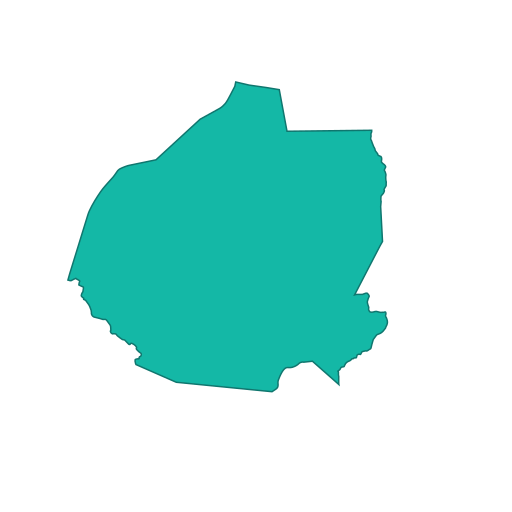 outline of San Juan, Intibucá, Honduras, rotated 324°
{"feature_id": "27666195B28906986091339", "entity_name": "San Juan", "entity_type": "district", "adm_level": 2, "iso_a3": "HND", "parent_name": "Honduras", "parent_adm1": "Intibucá", "projection": "natural_earth1", "projection_center": [-88.422, 14.413], "detail": "fine", "context": "isolated", "style": "filled", "palette": "teal", "viewbox_px": 512, "rotation_deg": 324, "n_neighbors": 0, "source": "geoboundaries", "source_scale": "gbopen_adm2", "svg_char_len": 6005}
<svg xmlns="http://www.w3.org/2000/svg" viewBox="0 0 512 512"><g transform="rotate(324 256 256)"><path d="M194.0,375.4L195.1,375.3L195.8,375.1L196.3,374.9L196.9,374.5L197.4,374.0L197.9,373.5L198.4,372.8L199.2,371.5L199.6,371.0L200.1,370.4L200.9,369.7L201.8,369.1L204.0,367.7L205.4,366.9L206.9,366.1L208.4,365.4L209.3,365.0L210.7,364.5L211.8,364.2L212.7,364.1L213.5,364.0L214.4,364.1L214.8,364.2L215.3,364.4L216.0,364.8L217.4,365.9L218.6,366.7L220.1,367.4L221.5,367.8L222.7,368.1L224.1,368.3L225.8,368.4L227.7,368.2L228.3,368.2L229.3,368.3L230.1,368.6L230.7,368.8L231.4,369.2L231.7,369.5L232.3,370.0L239.8,374.3L247.5,408.7L248.1,407.6L251.6,402.8L252.0,402.3L252.8,400.7L253.5,399.6L253.9,399.2L254.1,398.9L254.5,398.2L254.6,397.9L254.5,397.5L254.6,397.3L257.0,397.2L258.0,396.8L258.8,396.3L259.3,396.2L259.8,396.2L260.3,396.4L261.6,397.0L262.0,397.1L262.3,397.2L262.7,397.0L263.7,396.4L265.2,395.7L266.2,395.5L266.9,395.4L267.5,395.4L268.7,395.5L269.1,395.6L269.8,395.8L270.3,395.9L271.5,395.9L272.1,395.8L272.8,395.6L273.3,395.6L273.6,395.7L273.8,396.0L274.0,396.1L274.3,396.2L274.9,396.3L275.4,396.1L275.7,396.2L276.2,396.5L276.6,396.9L276.9,397.0L277.2,397.2L277.4,397.2L277.8,397.0L278.5,396.4L279.3,395.7L279.6,395.6L280.2,395.6L280.6,395.6L281.6,396.0L282.0,396.3L282.4,396.9L282.6,397.0L282.9,397.0L283.2,396.9L285.2,395.9L285.7,395.9L286.2,396.0L287.4,396.5L288.6,397.0L288.9,397.1L289.3,397.6L289.6,397.8L290.2,398.1L291.1,398.2L292.5,398.2L293.8,398.4L294.2,398.4L294.7,398.2L295.6,397.5L297.8,395.6L300.6,393.4L301.8,392.5L302.7,392.2L307.1,390.8L307.6,390.8L308.6,391.0L310.5,391.5L311.1,391.6L311.9,391.7L312.9,391.7L314.0,391.6L314.7,391.5L317.9,390.6L318.5,390.4L319.4,389.7L321.0,388.9L321.6,388.5L322.6,387.7L323.1,387.2L323.5,386.7L324.2,385.5L324.7,384.2L325.1,382.9L325.2,382.4L325.2,381.6L325.3,381.3L325.5,381.0L325.7,380.5L326.0,380.1L326.2,379.9L326.8,379.5L327.3,378.9L327.7,378.2L327.8,377.8L327.8,377.5L327.7,377.3L327.5,377.1L327.3,377.0L326.8,376.9L326.4,376.7L325.1,375.8L323.6,374.8L323.2,374.4L321.1,371.9L320.7,371.5L320.2,371.2L319.5,370.8L318.4,370.4L317.8,370.2L316.3,369.3L315.9,368.9L315.6,368.6L315.4,368.2L315.3,367.9L315.3,367.3L315.3,366.7L315.4,366.3L315.5,365.8L315.7,365.4L316.0,365.0L316.8,364.1L317.1,363.7L317.8,361.4L318.3,360.1L318.6,359.4L318.9,358.8L319.4,358.2L320.2,357.6L321.9,356.3L323.1,355.6L323.7,355.2L324.0,355.0L324.2,354.2L324.3,353.2L324.2,352.3L324.1,351.5L323.9,351.3L323.5,351.0L323.1,350.7L322.5,350.5L321.3,350.1L320.0,349.8L319.7,349.7L318.4,348.8L315.1,346.4L314.0,345.8L312.9,345.4L362.1,320.8L366.9,318.6L385.9,289.3L389.2,285.5L389.7,284.5L390.1,283.8L392.0,281.4L392.2,281.2L392.3,281.1L393.6,280.7L395.7,280.2L396.2,280.0L397.1,279.5L397.7,279.1L398.2,278.7L398.4,278.3L398.5,277.7L398.7,277.4L399.9,276.8L402.0,275.9L402.5,275.7L402.8,275.3L403.1,275.0L403.7,274.1L404.5,273.2L404.8,272.7L405.1,272.2L405.4,271.4L405.8,270.7L406.9,269.0L407.5,268.2L408.5,267.1L408.9,266.6L409.3,265.7L409.8,264.3L410.0,263.5L410.1,262.4L410.3,262.0L410.6,261.7L411.4,261.2L413.1,260.3L413.3,260.1L413.4,259.9L413.5,259.6L413.6,259.2L413.6,258.7L413.6,258.3L413.5,257.5L413.0,255.8L412.7,254.2L412.7,253.9L412.8,253.6L413.2,253.1L413.5,252.7L414.2,252.0L414.7,251.4L415.3,250.4L415.4,250.0L415.5,249.6L415.5,249.2L415.5,248.8L415.3,248.5L414.9,248.0L414.6,247.4L414.2,246.5L414.1,246.1L414.1,245.6L414.4,245.0L414.5,244.7L414.4,241.2L414.5,240.7L414.8,239.9L415.1,239.3L415.3,238.3L415.5,236.6L415.8,235.5L416.5,232.8L417.2,230.5L417.3,230.1L417.3,229.6L417.3,229.3L417.5,228.8L417.9,228.3L418.6,227.5L419.2,227.0L419.5,226.7L420.1,225.7L420.8,224.7L421.3,224.3L422.2,223.8L422.6,223.5L423.0,223.0L423.5,222.3L354.4,173.3L372.6,135.1L363.3,125.7L350.8,113.6L341.9,103.3L338.6,106.3L330.4,110.4L324.8,113.1L323.3,113.7L322.0,114.2L320.7,114.6L318.4,115.0L317.1,115.2L315.7,115.3L314.3,115.3L313.0,115.2L291.2,112.5L231.6,119.4L207.1,108.3L205.7,107.7L203.9,107.1L202.1,106.6L199.7,106.0L197.6,105.6L196.9,105.5L196.0,105.5L195.0,105.6L194.2,105.7L189.3,107.4L186.6,108.2L183.8,108.8L178.6,109.9L175.1,110.7L171.5,111.6L168.0,112.7L163.1,114.5L157.9,116.6L152.8,118.9L150.3,120.2L148.0,121.4L146.0,122.6L144.0,124.0L94.9,160.8L89.7,164.9L90.4,165.8L91.1,166.7L91.6,167.0L92.0,167.3L94.9,167.7L97.1,168.2L97.2,168.9L98.3,171.2L98.7,172.3L98.7,172.5L98.5,172.9L97.9,173.2L97.4,173.6L96.2,174.7L95.8,175.2L95.7,175.3L95.8,175.6L96.4,176.7L97.1,178.0L97.9,179.3L98.0,179.6L98.0,179.8L97.4,180.7L96.9,181.2L96.2,181.9L95.7,182.4L95.1,183.0L94.9,183.2L94.0,183.5L92.7,184.2L91.7,185.0L91.4,185.3L91.2,185.6L91.2,186.2L91.3,187.3L91.4,187.9L91.7,188.5L91.8,188.8L91.7,189.1L91.6,189.3L91.1,189.8L92.1,191.7L92.1,193.1L92.1,196.8L92.0,197.8L91.9,198.5L91.5,200.2L90.7,203.0L90.1,204.1L89.8,204.7L89.1,205.7L88.9,206.0L88.7,206.6L88.6,207.1L88.5,207.7L88.5,208.3L88.6,208.8L88.8,209.6L89.2,210.3L92.8,214.6L94.9,217.4L95.7,217.9L96.4,218.4L97.0,218.9L97.3,219.6L97.4,220.0L97.4,220.4L97.4,225.9L97.3,226.7L97.1,227.2L96.7,228.0L94.9,230.8L94.6,230.9L94.3,231.0L94.1,231.2L93.9,231.4L93.8,231.8L93.6,232.6L93.6,233.2L93.7,233.5L93.9,234.2L94.1,234.6L94.4,234.8L94.9,235.0L95.2,235.3L96.4,236.2L96.8,236.9L96.9,237.4L96.9,238.5L97.0,239.3L97.9,242.4L98.6,244.5L98.8,245.0L99.1,245.4L100.0,246.3L100.2,246.5L100.4,246.9L100.8,249.8L101.2,252.5L101.3,252.8L101.6,253.2L101.9,253.4L102.3,253.4L102.9,253.2L103.3,253.1L103.8,253.3L104.2,253.7L104.5,254.2L104.8,254.9L105.3,256.0L105.7,257.5L105.8,258.7L105.8,259.2L105.7,259.7L105.4,260.0L104.9,260.4L104.7,260.6L104.6,260.9L104.5,261.3L104.6,262.3L104.9,264.3L105.1,265.1L105.5,266.3L105.7,266.9L105.7,267.3L105.7,267.5L105.6,267.8L105.4,268.1L105.1,268.5L104.8,268.8L104.4,269.0L104.0,269.2L103.7,269.3L103.4,269.3L102.6,269.1L102.0,269.3L101.6,269.6L101.3,270.2L101.2,270.3L100.8,270.3L100.5,270.2L99.8,269.6L98.9,269.2L97.7,268.8L97.3,268.9L97.1,269.0L96.8,269.5L96.3,270.1L95.9,271.0L95.4,272.1L95.1,273.3L117.3,311.3L189.2,375.2L194.0,375.4Z" fill="#14b8a6" stroke="#0f766e" stroke-width="1.5"/></g></svg>